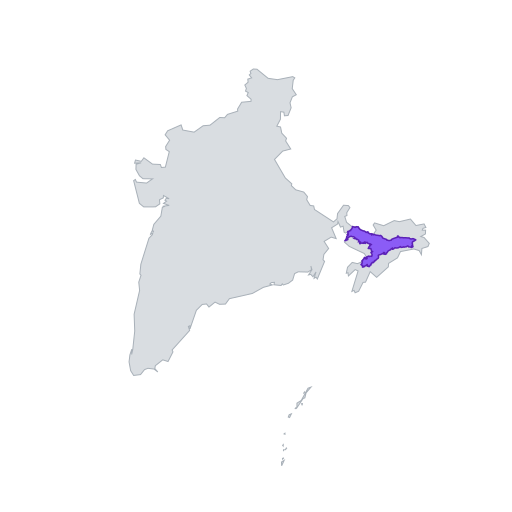 location of Assam within India, rotated 26°
{"feature_id": "IND-2477", "entity_name": "Assam", "entity_type": "State", "adm_level": 1, "iso_a3": "IND", "parent_name": "India", "parent_adm1": "", "projection": "natural_earth1", "projection_center": [92.64, 26.061], "detail": "fine", "context": "in_parent", "style": "filled", "palette": "violet", "viewbox_px": 512, "rotation_deg": 26, "n_neighbors": 0, "source": "natural_earth", "source_scale": "10m", "svg_char_len": 9253}
<svg xmlns="http://www.w3.org/2000/svg" viewBox="0 0 512 512"><g transform="rotate(26 256 256)"><path d="M105.6,222.6L111.4,221.2L112.2,216.9L122.7,218.8L129.9,215.7L132.2,217.9L135.6,215.9L132.3,200.2L128.3,199.7L126.8,197.2L127.6,189.8L121.2,186.9L121.7,182.2L131.2,171.0L135.0,174.9L146.1,171.8L151.4,162.1L157.3,158.6L162.7,147.4L167.2,145.5L168.3,141.2L176.1,133.8L175.0,132.0L175.7,124.1L183.7,119.2L182.9,117.3L177.5,115.8L177.4,112.5L174.3,112.4L173.9,109.6L171.0,107.2L172.7,103.3L171.1,100.6L174.0,97.8L170.6,96.2L171.4,94.2L169.7,92.5L171.6,89.1L175.0,87.7L189.0,91.0L198.0,88.1L210.4,78.7L212.8,78.9L212.4,81.7L215.2,89.7L221.5,93.4L218.9,97.0L219.4,103.4L222.6,107.4L223.2,115.7L220.1,117.5L218.0,114.5L214.8,115.5L218.0,122.4L217.8,130.2L221.5,129.3L225.3,134.3L231.8,136.8L232.2,139.6L240.3,144.6L234.0,150.0L230.3,161.1L248.1,173.0L256.5,175.4L257.0,177.3L262.7,179.1L270.9,177.6L276.2,180.0L276.9,183.2L282.5,186.8L285.9,185.7L288.2,188.6L310.7,191.4L312.5,187.1L310.7,182.1L312.4,172.0L316.9,170.2L319.2,171.3L318.6,177.3L320.0,179.8L318.4,181.5L322.6,186.0L328.9,187.4L334.9,185.1L338.9,186.5L351.8,185.5L352.7,180.1L347.7,176.8L348.1,174.3L357.5,172.8L364.7,163.6L369.8,162.3L378.6,155.1L386.4,158.5L393.0,153.5L396.2,155.9L393.9,158.0L394.1,159.9L397.1,158.4L398.6,161.9L395.6,166.3L398.9,165.7L406.2,168.7L406.4,172.1L401.8,176.5L404.1,182.3L400.3,179.6L394.8,180.5L383.9,188.7L384.0,195.6L378.4,204.5L379.7,207.8L373.8,222.3L365.5,220.0L365.9,231.5L363.8,232.8L363.7,242.7L361.2,245.6L359.2,243.9L357.7,245.8L354.3,224.7L351.1,224.7L347.8,233.4L346.0,230.7L344.7,231.9L343.2,226.0L345.3,219.6L350.5,218.4L352.9,215.8L354.2,209.9L356.6,209.1L352.3,206.3L335.7,206.5L329.5,204.8L329.5,196.8L327.9,193.4L326.7,196.0L324.8,196.0L321.2,191.0L319.3,193.0L314.6,189.1L315.3,191.5L311.6,197.5L320.4,205.2L315.3,206.1L310.8,213.0L318.0,217.4L316.3,224.8L317.9,230.0L320.0,230.8L321.2,249.8L319.2,248.7L318.0,250.6L316.9,244.0L316.3,249.7L313.2,248.5L311.5,250.0L312.3,243.8L309.7,240.9L311.9,244.0L309.7,247.7L300.9,251.7L298.4,254.9L299.5,261.6L297.1,266.3L293.2,270.1L291.8,269.5L291.5,271.5L284.8,274.0L284.1,271.6L281.4,273.2L280.7,275.2L283.4,274.8L276.3,281.0L269.2,291.2L250.8,306.0L249.6,312.6L244.4,315.4L239.4,315.4L236.1,322.5L232.6,320.8L228.9,323.1L226.2,330.9L228.6,350.5L227.1,347.7L226.1,349.0L229.0,352.0L221.8,377.2L223.4,378.6L223.2,389.4L217.7,390.2L213.6,398.7L214.4,401.5L218.6,403.3L214.0,402.3L208.1,404.3L205.6,407.0L204.2,413.2L198.4,417.0L193.6,414.0L188.3,406.8L186.0,400.1L185.2,394.2L187.4,399.0L186.3,394.3L179.9,376.6L172.0,361.8L166.5,338.0L162.1,330.9L161.1,323.7L159.5,323.1L156.1,313.8L152.0,286.9L153.5,282.3L153.2,280.6L151.7,282.8L151.5,281.5L151.6,278.8L153.5,279.1L151.4,278.0L150.3,272.3L153.0,261.9L150.5,253.3L151.7,252.0L150.4,252.1L155.8,248.6L149.8,249.3L151.6,245.9L149.7,245.8L150.1,243.5L152.8,242.6L146.3,242.2L147.2,244.4L144.6,247.7L146.7,251.3L144.1,255.9L133.6,261.1L128.1,259.8L113.0,241.9L114.0,240.1L116.2,242.0L125.7,238.4L129.2,232.0L120.5,236.1L116.1,235.0L110.1,230.8L108.0,226.1L111.9,222.6L106.2,225.8L105.6,222.6ZM359.3,374.4L357.3,370.3L360.0,366.0L360.7,352.0L362.9,349.7L361.0,357.1L362.1,362.1L360.8,363.4L359.3,374.4ZM370.9,427.3L371.0,433.3L369.2,430.0L370.9,427.3ZM357.0,386.5L355.6,386.6L355.4,384.1L357.0,382.3L357.0,386.5ZM366.2,417.7L366.1,419.4L365.8,417.8L366.2,417.7ZM367.8,415.3L367.3,417.6L367.4,415.2L367.8,415.3ZM369.5,425.2L369.0,427.0L368.5,426.3L369.5,425.2ZM360.2,403.5L359.2,403.6L359.7,402.6L360.2,403.5ZM358.9,375.3L357.9,376.3L358.4,374.8L358.9,375.3ZM362.4,368.3L362.9,370.0L361.7,368.7L362.4,368.3ZM363.7,414.9L362.9,414.5L363.2,413.6L363.7,414.9ZM359.4,357.1L358.9,358.9L359.2,356.9L359.4,357.1Z" fill="#d9dde1" stroke="#a8b0b8" stroke-width="1"/><path d="M329.9,187.2L330.2,187.2L330.4,187.2L331.1,187.0L332.2,186.9L332.6,186.8L332.9,186.5L333.2,185.8L333.5,185.6L334.1,185.6L334.3,185.5L334.7,185.1L334.9,185.0L335.3,185.1L336.2,185.8L337.4,186.4L338.7,186.6L341.7,186.4L342.2,186.1L343.6,186.2L344.0,186.2L344.4,186.5L344.6,186.5L345.1,186.3L345.3,186.1L345.6,185.5L345.8,185.3L346.5,185.4L346.8,186.1L347.7,186.1L348.1,186.2L348.8,186.1L349.7,185.5L350.1,185.5L350.3,186.0L350.6,186.2L350.7,185.8L350.6,185.6L350.8,185.5L350.8,185.2L351.1,185.2L351.4,185.5L351.6,185.6L352.2,185.5L352.6,185.1L352.7,184.7L354.0,184.8L354.7,184.6L355.2,184.5L355.6,184.3L357.5,183.7L358.1,183.6L358.4,183.4L358.8,183.0L359.0,182.9L360.2,183.1L361.4,183.7L361.5,184.0L362.3,184.3L365.9,183.9L366.2,183.9L366.4,184.0L366.8,184.4L367.0,184.3L367.5,184.1L368.6,183.9L369.2,183.6L369.9,183.0L370.6,182.5L370.6,182.3L370.6,182.0L370.6,181.7L370.8,181.3L372.2,179.7L373.0,178.9L374.8,177.2L375.0,176.9L374.9,176.7L374.5,176.3L374.5,176.1L374.8,175.7L375.0,175.8L375.3,176.1L375.6,176.2L375.9,176.4L376.9,176.1L377.2,176.4L377.4,176.2L377.7,176.2L378.0,176.1L378.5,175.7L379.1,175.4L379.7,175.2L380.5,175.0L382.0,174.2L385.1,173.0L385.6,172.6L386.3,172.9L386.7,172.9L387.6,172.8L388.1,172.6L389.4,171.6L389.9,171.5L392.4,171.4L392.5,171.5L392.1,172.3L391.7,173.0L390.9,174.1L390.6,174.5L390.5,174.8L390.6,175.1L390.7,176.0L391.1,176.4L391.5,176.6L391.6,176.8L391.7,177.6L391.6,178.0L391.7,178.3L391.6,178.6L391.7,178.8L391.8,178.7L392.2,178.2L392.6,178.2L392.9,178.6L392.9,179.1L392.6,179.4L392.4,179.8L392.1,180.0L391.9,180.2L391.8,180.3L391.5,180.2L391.2,180.2L390.8,180.2L389.2,180.9L388.3,180.4L388.0,180.4L387.8,180.5L387.6,180.7L387.3,181.5L386.9,182.0L386.2,182.3L385.3,183.1L385.0,183.2L384.6,183.1L384.1,183.7L382.8,184.6L382.6,184.7L382.3,184.6L381.9,184.4L381.7,184.3L381.3,184.8L380.5,186.0L380.2,186.3L379.2,187.0L378.4,187.4L378.0,187.4L377.7,187.7L377.3,187.7L376.8,188.5L376.7,188.6L376.7,189.1L376.4,189.5L375.9,190.0L375.7,190.1L375.4,189.9L375.3,189.4L375.1,189.2L374.4,190.3L374.3,190.5L374.3,191.2L374.1,191.6L373.4,192.3L372.5,193.8L372.4,194.0L372.5,194.5L372.4,195.1L372.1,195.6L372.1,196.3L372.3,196.7L371.8,197.5L371.4,197.9L370.1,198.2L370.4,197.6L370.4,197.3L370.4,196.9L370.3,196.7L369.9,196.6L369.1,197.0L369.4,197.6L369.4,197.8L368.1,199.0L367.5,199.9L367.0,200.4L366.4,200.8L365.6,201.7L365.6,201.8L366.1,202.5L366.5,203.0L366.8,203.7L366.8,204.5L366.7,204.7L366.5,205.0L366.2,205.5L365.9,206.2L365.7,206.9L365.3,207.6L365.0,207.7L364.8,208.0L364.8,208.3L365.0,208.8L364.8,209.0L364.6,209.1L364.7,209.3L364.7,209.5L364.3,210.3L364.2,210.7L364.0,210.8L363.6,210.6L363.4,210.7L363.3,210.9L363.2,211.6L363.0,212.1L363.1,212.4L363.2,212.5L362.9,213.1L363.2,213.7L363.1,213.8L362.9,213.8L362.7,214.3L362.6,215.3L362.5,215.7L362.2,215.7L362.3,215.9L362.0,216.1L361.5,216.0L361.4,216.0L360.7,216.3L360.4,216.3L359.9,215.1L359.7,214.9L359.5,215.0L359.1,216.2L358.3,217.2L358.2,217.3L358.2,217.9L357.9,218.1L357.0,219.1L356.8,219.2L356.5,219.2L356.3,218.9L356.1,218.4L356.2,218.0L356.2,217.9L355.6,217.8L354.9,217.9L354.2,217.7L354.4,216.6L354.5,216.3L354.5,215.9L354.2,215.4L354.2,214.9L354.2,214.7L353.4,214.1L353.5,213.9L353.7,212.8L354.2,211.2L354.2,210.6L354.1,210.0L354.1,209.8L354.4,209.6L354.8,209.8L355.5,210.3L355.7,210.5L356.7,210.1L356.9,209.7L356.8,209.3L356.4,209.1L356.5,209.0L356.1,208.6L355.8,208.5L355.8,208.4L356.5,207.6L357.1,207.0L357.3,206.9L357.6,206.9L357.6,206.6L358.0,206.6L358.5,206.5L358.8,206.1L360.1,205.6L360.0,205.3L359.9,205.0L360.0,204.4L359.9,204.1L359.0,203.2L358.4,202.9L358.2,202.6L357.9,202.4L358.4,201.8L358.6,201.4L358.8,201.2L358.8,200.9L358.6,200.9L358.2,201.2L357.9,201.2L357.2,200.3L356.7,199.8L356.3,199.4L356.1,199.1L355.8,199.0L355.5,199.1L355.1,199.5L354.6,199.5L354.2,199.6L353.7,200.0L353.5,199.9L353.6,199.1L353.5,198.3L354.0,197.1L354.0,196.8L353.7,196.7L353.6,196.3L353.7,196.2L354.5,195.4L354.6,195.2L353.5,195.0L352.4,195.4L352.0,195.4L351.0,195.6L350.7,195.5L350.3,195.1L350.0,195.0L349.9,195.0L349.7,195.1L349.3,195.5L348.9,196.5L348.7,196.8L348.1,196.9L348.1,196.6L348.2,196.1L348.2,195.9L347.8,195.6L347.6,195.7L347.3,196.3L346.9,196.7L346.7,197.1L346.4,197.4L346.4,197.5L346.7,197.5L347.0,197.3L347.0,197.5L346.4,197.8L345.8,197.8L345.3,198.0L344.9,198.3L344.8,198.6L344.3,199.2L344.1,199.3L343.8,199.4L343.7,199.3L343.6,199.0L343.5,198.4L343.6,197.8L343.6,197.7L343.4,197.7L342.4,198.1L342.2,197.9L341.9,198.1L341.9,197.6L341.9,197.3L341.7,197.1L341.4,197.0L341.3,196.8L340.8,196.8L340.2,196.7L339.6,196.8L339.3,197.0L339.2,196.9L339.2,196.6L338.4,196.7L337.9,196.9L337.7,196.5L337.2,196.9L336.8,197.2L336.7,197.2L336.8,197.1L336.9,196.6L336.9,196.3L336.4,196.0L335.4,195.9L335.1,195.9L334.6,196.3L334.2,196.4L333.5,196.4L332.7,196.6L332.2,197.1L331.7,197.5L331.5,197.9L331.1,198.4L330.9,199.0L330.7,199.5L330.7,200.2L330.9,200.5L331.3,200.9L331.3,201.1L331.2,201.3L330.9,201.5L330.4,201.5L330.2,201.7L330.2,202.4L330.0,202.7L329.3,203.0L329.4,202.4L329.5,201.5L329.6,200.6L329.5,200.1L329.2,199.5L329.0,198.4L329.1,198.1L329.5,197.2L329.6,196.9L329.1,196.7L329.5,196.5L329.5,196.3L329.4,196.1L329.2,196.3L329.1,196.2L328.8,195.7L328.7,195.6L328.7,195.0L328.5,194.7L328.4,194.3L328.3,194.2L327.9,194.2L327.8,193.8L328.1,193.7L328.6,193.5L328.6,193.4L328.5,193.1L328.8,192.8L329.1,192.3L329.5,192.0L329.6,191.9L329.4,191.8L329.4,191.6L329.7,191.4L329.9,190.3L330.0,189.8L330.2,189.5L330.1,188.2L329.8,187.3L329.9,187.2Z" fill="#8b5cf6" stroke="#5b21b6" stroke-width="1.5"/></g></svg>